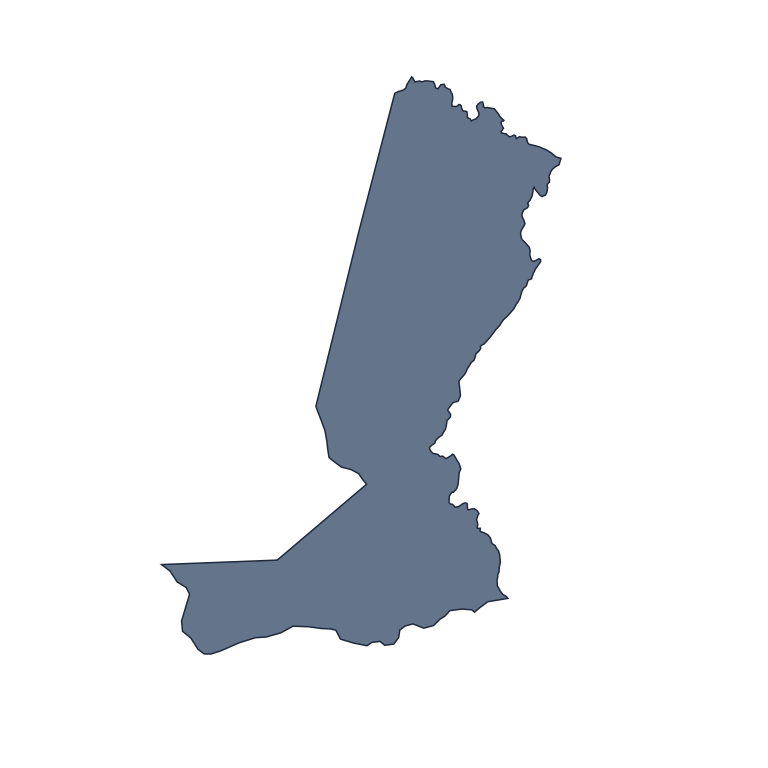 the district of Ayene, Wele-Nzás, Equatorial Guinea, rotated 194°
{"feature_id": "11065452B61336086634219", "entity_name": "Ayene", "entity_type": "district", "adm_level": 2, "iso_a3": "GNQ", "parent_name": "Equatorial Guinea", "parent_adm1": "Wele-Nzás", "projection": "robinson", "projection_center": [10.614, 1.791], "detail": "fine", "context": "isolated", "style": "filled", "palette": "slate", "viewbox_px": 768, "rotation_deg": 194, "n_neighbors": 0, "source": "geoboundaries", "source_scale": "gbopen_adm2", "svg_char_len": 4964}
<svg xmlns="http://www.w3.org/2000/svg" viewBox="0 0 768 768"><g transform="rotate(194 384 384)"><path d="M443.3,669.3L443.9,668.5L445.3,523.3L444.7,345.9L440.9,340.2L435.2,332.2L429.9,324.3L425.6,314.6L423.0,307.6L419.6,299.4L414.6,297.0L405.3,293.1L395.4,293.0L387.0,291.0L381.9,286.4L376.7,282.5L445.0,187.3L556.1,155.0L546.3,150.7L536.8,141.9L526.7,138.7L521.8,133.0L523.1,105.0L519.6,95.3L509.9,90.7L500.2,81.5L493.1,78.6L486.7,80.1L477.8,85.6L462.3,97.6L447.4,106.7L437.2,110.0L423.9,117.6L413.8,127.0L398.5,130.2L385.7,131.6L376.0,133.5L371.1,133.4L364.5,125.9L350.6,125.3L339.9,125.8L337.2,125.9L333.3,130.3L325.5,133.3L320.1,130.6L311.6,134.0L308.4,141.5L309.2,149.1L304.8,154.4L297.9,158.2L286.3,156.7L277.4,161.7L272.8,169.4L268.8,173.4L265.2,180.1L262.8,181.0L262.5,181.1L253.9,184.5L244.1,186.1L241.0,184.5L236.9,190.2L230.7,197.8L211.9,206.0L213.0,206.8L214.0,207.5L217.8,208.6L220.6,210.8L223.6,214.0L225.3,215.6L225.6,217.2L226.9,221.0L226.9,223.5L227.5,227.3L226.9,229.2L227.8,234.0L228.0,239.4L229.4,243.2L230.3,246.0L232.5,249.8L234.4,251.1L237.2,254.2L240.6,255.3L242.4,258.3L243.1,259.9L246.5,262.7L250.6,263.8L252.7,264.1L254.6,263.9L255.5,265.6L255.6,267.3L258.2,266.6L258.9,267.0L258.9,270.1L260.4,273.1L261.2,274.1L261.4,274.9L261.1,279.6L260.5,281.2L262.6,283.4L265.2,284.5L266.5,284.9L268.0,284.2L269.4,283.6L271.4,282.4L272.5,282.7L273.2,284.2L273.7,285.9L274.0,287.3L274.8,288.3L276.4,288.3L278.0,287.4L279.0,286.5L280.0,285.2L282.1,283.0L285.2,281.6L286.9,283.0L288.4,283.8L290.8,283.6L292.3,285.0L293.5,291.1L292.7,293.7L291.7,295.5L290.4,295.8L288.0,300.3L288.1,301.7L287.9,303.1L287.8,304.4L288.9,311.9L289.6,315.7L289.4,317.7L288.9,320.1L291.6,324.6L293.6,326.6L294.9,327.8L296.7,329.8L299.3,332.3L300.7,332.4L301.5,330.9L304.3,328.0L305.8,326.7L306.9,326.9L308.4,327.7L309.8,328.2L311.5,327.4L312.3,327.3L313.6,328.1L314.8,328.7L316.8,328.7L318.8,328.5L320.1,328.8L321.7,329.6L323.9,331.8L324.4,333.8L323.8,334.8L322.3,336.8L320.5,338.7L320.3,339.8L320.4,341.4L318.1,345.4L315.4,348.4L314.4,352.1L313.4,355.1L313.5,359.0L313.9,362.9L314.1,364.0L312.7,365.8L311.7,368.1L311.7,369.2L312.2,370.9L314.5,372.9L315.4,373.5L315.8,374.4L315.6,375.6L313.4,380.9L312.8,382.0L312.0,383.0L310.9,383.7L308.3,384.9L307.7,385.8L307.5,387.5L307.0,391.0L307.6,393.0L312.0,404.9L310.4,408.5L308.5,412.0L307.5,414.9L306.9,418.8L305.6,422.3L304.5,426.0L302.4,428.9L302.1,431.9L302.0,435.8L299.8,438.9L298.8,442.0L299.6,444.0L298.2,445.7L296.6,447.0L292.6,454.5L289.6,461.4L288.7,463.9L287.4,465.9L285.9,468.8L284.8,472.3L283.7,475.1L282.4,477.2L281.0,479.1L280.0,480.9L278.5,483.9L276.4,488.0L275.6,490.7L274.8,493.7L273.9,495.8L273.2,498.5L272.7,500.4L272.8,503.4L272.5,508.0L271.5,511.2L270.4,512.5L269.6,513.9L269.5,515.8L269.4,517.7L269.1,519.7L268.4,520.3L267.2,521.0L266.3,521.8L266.2,524.3L265.9,527.6L265.2,530.1L265.2,531.2L261.6,540.6L262.2,542.6L263.8,543.1L268.1,539.3L269.6,539.1L271.0,540.0L272.5,542.2L273.8,544.7L274.2,546.7L274.3,548.2L275.3,550.4L276.4,552.1L277.7,552.9L279.9,554.5L281.5,555.6L284.8,557.4L286.2,559.2L287.9,563.0L288.0,565.4L287.6,567.7L286.4,571.3L286.0,573.7L288.1,577.0L289.7,578.9L291.1,581.3L291.1,583.5L290.5,586.7L287.6,589.6L287.1,590.7L287.1,592.4L287.6,593.5L288.4,594.0L287.8,595.7L286.7,597.6L286.5,599.0L285.8,601.8L285.9,604.6L286.0,606.2L286.4,609.4L285.9,611.3L284.4,609.4L282.5,608.0L280.9,606.9L278.9,605.2L277.4,604.5L275.8,604.1L274.6,605.4L273.3,605.9L272.5,608.2L272.4,610.5L272.8,614.3L273.7,616.0L273.9,617.1L273.0,619.1L272.3,619.7L272.8,622.3L273.6,623.9L274.1,625.5L274.1,626.9L273.7,627.9L273.6,630.0L272.6,633.1L270.7,635.7L269.5,637.0L267.2,639.1L267.0,643.4L266.9,645.7L266.9,645.8L268.8,645.8L272.1,646.0L274.9,647.4L276.0,647.9L277.3,648.6L279.3,649.2L281.6,650.0L284.4,650.7L288.0,651.2L290.6,651.6L294.4,651.8L301.2,651.7L303.3,653.1L304.6,656.2L306.8,657.8L309.6,656.8L312.3,656.8L314.6,654.3L315.5,654.7L316.3,656.6L318.1,657.0L319.6,655.7L321.9,654.1L325.3,655.6L326.1,656.3L327.6,656.0L331.1,656.2L331.3,657.7L330.7,659.0L329.9,661.2L332.0,663.0L333.8,665.8L333.1,667.6L331.8,668.0L331.4,668.8L333.7,670.0L336.2,671.6L338.4,673.8L343.4,677.7L350.8,677.3L352.7,676.3L354.9,677.3L355.0,678.9L356.6,681.5L358.4,680.8L360.4,678.4L361.2,676.4L361.0,674.7L359.5,672.4L357.9,670.4L357.0,668.4L357.2,666.5L359.0,663.4L361.5,661.8L362.9,660.3L364.5,662.0L367.6,662.8L368.2,665.3L369.5,668.3L371.1,668.5L372.7,667.9L373.9,668.6L375.0,669.8L376.3,672.4L377.7,673.5L379.2,673.1L380.0,671.4L381.7,670.6L385.0,669.9L386.1,672.5L386.2,676.5L387.0,679.9L388.1,682.1L389.4,683.4L391.2,685.8L392.9,685.8L396.4,686.8L397.9,689.4L401.2,688.2L403.1,683.4L405.5,683.8L406.9,686.4L409.2,689.3L415.3,688.6L417.7,688.0L420.2,686.3L422.7,686.6L425.0,685.6L427.3,684.5L428.2,685.8L430.1,688.0L431.4,688.7L434.1,680.4L434.3,679.0L434.4,676.4L436.1,674.3L437.6,673.1L438.5,672.4L440.2,671.7L440.5,671.5L440.8,671.3L442.5,669.8L443.3,669.3Z" fill="#64748b" stroke="#1e293b" stroke-width="1.5"/></g></svg>